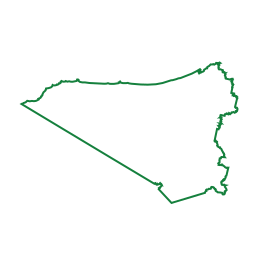 outline of East Gippsland, Victoria, Australia, rotated 184°
{"feature_id": "25037944B19226887893594", "entity_name": "East Gippsland", "entity_type": "district", "adm_level": 2, "iso_a3": "AUS", "parent_name": "Australia", "parent_adm1": "Victoria", "projection": "orthographic", "projection_center": [148.347, -37.346], "detail": "fine", "context": "isolated", "style": "outline", "palette": "green", "viewbox_px": 256, "rotation_deg": 184, "n_neighbors": 0, "source": "geoboundaries", "source_scale": "gbopen_adm2", "svg_char_len": 5566}
<svg xmlns="http://www.w3.org/2000/svg" viewBox="0 0 256 256"><g transform="rotate(184 128 128)"><path d="M188.1,120.1L144.9,98.1L97.8,74.2L97.1,74.9L96.8,75.0L96.6,74.2L95.7,73.8L95.4,74.0L95.4,73.8L94.9,73.9L94.8,73.6L94.4,73.9L94.2,73.8L94.0,74.1L92.5,74.2L92.4,74.7L92.1,74.6L91.9,75.1L91.4,74.6L91.1,74.6L91.0,74.4L90.7,73.6L90.4,73.7L90.2,73.3L90.7,73.4L90.7,72.6L91.4,71.4L92.1,71.1L92.4,70.6L91.9,70.6L92.0,70.3L92.6,69.9L92.6,69.7L92.9,69.8L92.8,69.2L93.0,69.0L79.4,56.3L46.7,68.7L46.7,69.2L46.2,70.2L45.5,70.6L45.8,71.1L45.7,71.8L45.1,72.2L44.5,72.1L43.5,72.5L43.1,73.0L42.3,72.9L41.2,73.2L41.0,74.2L40.6,74.3L40.6,75.0L40.2,75.1L38.7,74.9L38.0,74.4L37.9,73.9L37.7,73.9L37.2,73.2L36.6,73.3L36.1,72.7L36.3,71.8L36.2,71.5L35.2,70.8L34.6,70.7L34.0,70.1L31.0,70.1L30.3,69.9L29.8,70.0L29.3,69.8L29.0,69.2L29.0,68.5L28.6,68.3L27.5,68.5L26.9,69.2L26.8,70.4L27.2,70.8L27.0,71.7L26.7,71.9L26.2,71.8L26.0,72.4L25.3,73.0L25.8,74.3L27.3,76.1L27.2,77.2L26.5,77.6L27.4,77.7L28.0,78.1L28.4,77.7L29.0,78.0L29.5,77.8L30.4,77.9L30.8,78.7L30.7,79.3L31.2,79.9L31.0,80.5L31.1,81.0L30.8,81.4L30.1,81.3L29.8,81.5L29.7,81.9L29.2,82.2L29.6,82.8L29.5,83.0L29.2,83.2L28.4,83.1L28.4,83.8L27.9,83.8L27.9,84.1L27.1,85.3L27.4,86.4L27.0,87.0L26.5,87.3L25.2,95.2L25.5,95.1L25.6,95.4L25.9,95.4L26.5,95.4L26.8,95.0L27.5,95.2L28.6,95.8L29.1,96.4L30.9,97.4L31.3,97.4L31.3,97.6L31.9,97.6L32.0,98.0L32.4,97.7L33.0,97.8L33.6,97.4L35.0,97.5L34.9,97.9L35.1,98.3L34.9,98.5L35.3,98.9L34.7,99.3L35.0,99.2L35.1,99.6L34.3,100.2L34.4,102.4L34.6,102.5L34.3,103.4L34.4,104.1L33.6,104.5L33.2,104.4L33.0,105.0L32.8,105.6L29.4,105.6L30.1,106.4L30.0,106.7L30.3,107.0L30.4,107.5L30.1,108.3L30.7,109.1L30.6,109.4L31.6,110.2L31.8,111.1L32.8,112.1L33.0,113.0L33.6,113.8L34.7,114.2L34.8,115.1L36.2,115.2L36.9,115.9L38.0,115.9L37.8,116.0L37.9,116.7L37.4,117.4L38.0,118.7L38.0,119.1L38.3,119.3L38.4,120.3L38.3,120.5L39.2,121.1L40.0,120.4L40.6,120.7L40.8,121.3L40.3,122.1L40.6,122.3L39.1,133.3L37.6,133.0L37.4,133.7L37.2,133.8L37.0,134.4L36.7,134.5L36.6,134.8L36.8,134.9L36.8,135.4L37.2,135.4L37.6,135.9L37.1,135.8L37.0,136.1L37.1,136.4L36.8,136.4L36.9,136.7L36.4,136.6L36.2,137.2L36.6,138.0L36.5,137.9L36.6,138.2L36.1,138.3L36.2,138.6L36.7,138.9L36.0,138.9L36.2,139.2L35.6,139.3L35.9,139.4L35.9,139.7L35.5,139.6L35.8,139.9L35.8,140.5L36.2,141.0L35.8,141.1L35.8,141.5L35.5,141.5L35.6,141.9L35.7,142.0L35.8,142.8L35.5,143.0L35.8,143.2L35.7,143.7L36.1,143.4L36.2,143.9L36.0,144.0L36.4,144.3L36.2,144.7L36.4,144.7L36.4,145.4L36.8,145.3L36.6,145.5L36.8,145.7L36.7,146.3L36.4,146.2L36.6,146.9L36.2,147.0L36.5,147.3L36.3,147.5L32.5,146.9L32.3,148.4L31.6,148.5L30.9,149.3L30.3,148.9L30.0,149.3L29.3,149.1L29.0,148.8L28.6,149.5L28.3,148.9L27.5,148.9L27.6,149.3L27.5,149.6L27.0,149.3L26.7,149.4L26.0,150.0L25.7,150.8L24.7,150.8L24.1,151.3L23.0,151.0L22.7,150.7L21.5,151.3L21.6,152.3L20.9,152.3L20.9,152.6L20.4,152.7L20.4,153.5L20.1,153.8L20.2,154.2L20.1,154.7L20.7,155.8L21.2,155.9L22.0,155.6L22.7,156.4L21.3,164.7L21.0,165.0L21.0,165.5L22.1,166.0L22.2,166.8L22.5,167.0L21.8,167.2L22.0,167.4L23.2,167.3L23.5,167.7L23.9,167.4L24.6,167.6L24.9,167.4L25.5,168.1L25.9,168.0L25.9,168.4L25.5,168.4L24.3,169.5L23.7,169.7L27.4,170.2L26.7,175.4L27.0,175.5L27.0,175.9L26.6,176.0L26.8,176.8L26.3,177.8L26.7,178.2L26.2,178.7L26.7,179.0L26.5,179.4L26.7,179.8L27.1,179.8L27.0,180.5L27.2,180.1L27.6,180.3L27.8,180.0L27.4,181.3L27.9,181.7L27.3,181.9L27.2,182.3L27.7,182.4L27.9,182.1L28.0,182.8L27.5,182.7L27.3,183.0L27.7,183.0L27.7,182.9L27.9,183.2L27.4,183.4L27.4,183.7L26.9,184.0L27.0,184.4L27.7,184.4L30.0,183.5L33.8,184.1L33.8,184.6L34.2,184.8L34.0,185.5L34.5,185.8L34.7,186.9L35.0,187.1L34.9,187.6L34.6,187.9L34.8,188.1L34.6,188.4L34.9,188.9L34.7,189.2L35.0,189.1L35.4,189.7L35.4,190.2L35.9,190.5L36.9,190.0L37.5,190.3L37.6,190.7L37.3,190.9L37.5,191.3L37.3,192.2L37.5,192.4L38.6,192.5L39.7,193.0L41.2,192.8L41.7,193.3L42.0,194.4L41.6,194.8L41.6,195.1L42.0,195.5L42.1,196.2L42.1,196.5L41.6,196.9L42.2,197.3L41.4,197.7L41.3,198.3L41.5,198.8L41.4,198.9L41.5,198.8L41.6,199.0L40.6,199.3L41.2,199.7L42.2,199.1L42.8,199.1L43.5,198.7L43.8,199.1L44.6,199.1L45.3,197.9L46.5,197.2L47.1,197.7L47.9,197.5L48.5,197.2L50.0,197.2L51.3,195.6L53.1,194.4L53.2,193.1L54.0,193.1L55.1,192.1L56.1,191.5L56.2,190.3L56.9,189.6L58.5,188.9L58.7,188.6L59.2,188.6L60.8,187.4L61.4,188.3L61.6,188.9L61.2,189.4L59.8,190.1L59.9,190.4L59.7,191.2L60.3,191.7L63.8,189.3L68.1,186.7L79.1,181.5L81.3,181.0L83.2,180.1L86.9,178.8L88.3,178.6L96.6,175.3L103.2,173.6L111.3,172.6L118.4,172.3L127.8,172.4L130.1,172.6L131.3,173.0L133.1,172.6L136.1,172.4L138.2,172.7L138.9,173.1L138.9,173.6L139.1,173.8L139.6,173.0L140.3,172.9L140.2,172.3L140.7,172.0L145.3,171.0L149.3,170.8L151.1,171.3L152.4,170.8L154.4,170.5L169.6,170.2L174.3,170.5L176.6,170.3L179.1,170.6L180.6,171.5L180.8,171.8L180.6,172.4L181.3,172.9L181.7,172.3L182.1,172.4L182.0,171.9L182.7,171.3L186.4,170.3L188.4,170.2L189.9,170.5L191.8,170.0L193.4,170.5L194.0,169.9L195.8,169.7L196.7,169.8L197.5,170.3L198.4,169.6L198.6,168.5L198.4,168.4L198.5,168.2L199.2,167.7L200.0,167.8L200.2,167.4L200.1,167.2L200.7,166.6L201.6,166.2L201.9,166.4L202.2,165.9L203.9,165.4L205.5,165.3L206.2,165.7L206.3,165.5L206.6,164.2L207.8,163.1L210.2,162.2L212.5,161.7L212.6,160.6L212.9,160.3L212.9,159.7L214.8,157.7L215.8,155.3L215.6,155.0L215.8,154.6L216.5,153.5L216.9,153.4L216.8,153.0L217.2,152.6L217.4,152.0L219.5,150.9L219.1,150.2L220.3,149.4L221.8,148.6L223.7,148.2L225.7,148.3L227.9,147.8L230.4,148.1L231.9,146.5L234.4,145.4L235.0,145.7L234.8,145.5L235.0,145.1L235.9,144.5L188.1,120.1Z" fill="none" stroke="#15803d" stroke-width="2"/></g></svg>